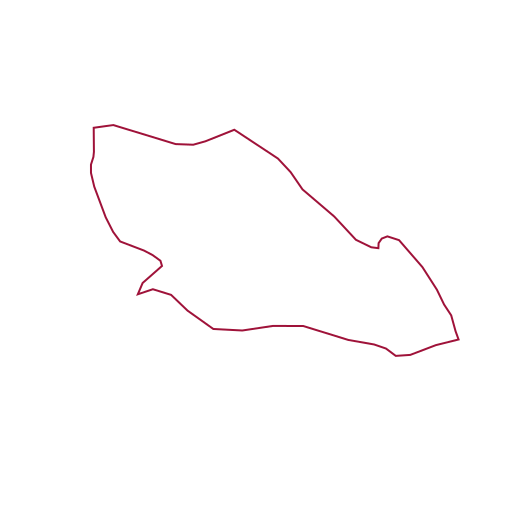 an SVG outline of Bovec, rotated 222°
{"feature_id": "SVN-1023", "entity_name": "Bovec", "entity_type": "Municipality", "adm_level": 1, "iso_a3": "SVN", "parent_name": "Slovenia", "parent_adm1": "", "projection": "robinson", "projection_center": [13.618, 46.371], "detail": "fine", "context": "isolated", "style": "outline", "palette": "rose", "viewbox_px": 512, "rotation_deg": 222, "n_neighbors": 0, "source": "natural_earth", "source_scale": "10m", "svg_char_len": 769}
<svg xmlns="http://www.w3.org/2000/svg" viewBox="0 0 512 512"><g transform="rotate(222 256 256)"><path d="M293.1,170.3L310.4,162.3L318.2,148.5L322.2,160.1L319.2,185.7L323.8,188.5L333.4,187.5L342.9,185.1L366.7,175.9L378.3,178.3L393.6,184.2L422.6,199.3L434.2,207.3L439.8,213.5L443.1,220.8L446.1,224.9L462.4,242.7L449.7,257.8L390.6,285.4L377.1,296.7L370.4,307.3L356.6,335.3L304.9,343.1L286.4,341.5L266.0,336.6L224.3,337.7L192.6,334.9L176.2,339.6L170.3,343.7L173.5,347.6L174.2,353.1L171.5,358.5L160.3,363.5L124.9,359.1L99.0,352.0L83.8,345.8L71.2,342.5L57.3,333.6L49.6,329.5L62.7,310.1L75.2,285.7L85.3,275.3L97.5,274.2L109.0,269.3L131.2,255.4L174.0,235.6L196.6,215.4L216.3,191.5L238.9,173.2L270.3,169.6L293.1,170.3Z" fill="none" stroke="#9f1239" stroke-width="2"/></g></svg>